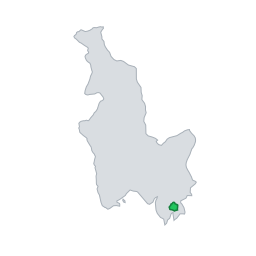 Pyoksong, Hwanghae-namdo, North Korea shown in context, rotated 294°
{"feature_id": "82179303B11091889229707", "entity_name": "Pyoksong", "entity_type": "district", "adm_level": 2, "iso_a3": "PRK", "parent_name": "North Korea", "parent_adm1": "Hwanghae-namdo", "projection": "natural_earth1", "projection_center": [125.467, 38.097], "detail": "fine", "context": "in_parent", "style": "filled", "palette": "green", "viewbox_px": 256, "rotation_deg": 294, "n_neighbors": 0, "source": "geoboundaries", "source_scale": "gbopen_adm2", "svg_char_len": 3790}
<svg xmlns="http://www.w3.org/2000/svg" viewBox="0 0 256 256"><g transform="rotate(294 128 128)"><path d="M151.6,184.8L150.7,185.3L149.1,188.1L147.7,191.6L146.3,193.5L144.6,194.6L142.9,195.2L139.3,195.5L136.2,195.2L135.1,194.8L130.7,195.1L129.5,195.3L123.2,195.0L119.9,195.3L117.8,196.0L115.7,197.4L113.9,199.6L112.3,201.9L109.0,206.0L106.7,208.1L106.7,211.0L106.6,211.9L105.8,212.5L105.5,212.3L104.2,212.1L98.8,209.4L94.4,211.0L93.3,213.1L92.1,213.8L90.4,209.6L87.5,209.5L82.9,205.8L81.0,206.6L80.5,208.1L78.0,211.5L74.5,214.2L73.3,214.6L72.1,214.4L72.2,213.7L70.8,210.5L65.3,209.2L63.3,207.9L62.3,207.6L67.7,204.1L69.1,203.5L68.1,202.7L66.9,202.3L62.5,202.8L60.1,201.6L56.8,202.0L54.4,201.1L59.3,197.7L59.5,195.6L59.5,194.1L61.9,189.5L64.4,187.0L70.8,183.4L73.6,182.9L75.6,183.1L77.2,182.8L75.5,181.4L73.8,180.8L70.5,180.9L67.1,178.8L66.8,176.7L73.4,162.9L73.5,161.7L72.5,158.4L72.2,155.1L67.4,153.2L65.3,153.0L59.2,149.4L56.8,147.5L55.8,148.0L55.6,151.0L54.8,151.6L53.2,152.2L52.4,148.9L51.1,146.4L47.0,144.0L45.6,142.6L46.3,139.7L46.0,139.4L46.6,136.1L49.1,133.6L55.2,129.1L56.7,127.0L59.8,124.5L61.2,124.5L62.6,124.3L63.1,123.2L63.4,122.4L64.6,121.6L67.6,120.2L71.0,118.4L73.6,117.9L76.9,115.2L78.3,114.0L79.6,114.0L80.0,113.4L80.7,112.0L81.8,111.1L83.2,110.9L85.6,110.3L88.6,109.9L90.6,107.6L91.3,106.0L92.6,104.2L95.5,102.2L97.4,99.3L99.6,96.2L100.6,95.2L101.6,95.0L102.2,93.8L102.9,90.5L103.9,87.3L104.5,85.7L106.9,84.1L107.6,83.3L108.1,83.0L109.3,83.2L110.8,82.2L112.3,81.2L113.6,81.5L115.0,82.4L116.4,84.2L117.1,85.7L118.2,86.8L118.4,88.6L119.5,89.3L121.9,89.7L125.8,90.9L128.3,91.0L129.8,91.8L132.8,92.3L138.8,91.6L141.3,92.0L142.3,93.1L143.8,94.0L144.8,94.0L146.2,92.6L147.5,90.1L148.5,88.3L148.4,86.8L147.6,85.3L145.6,83.8L144.3,81.5L143.0,79.2L142.3,78.5L141.6,77.3L141.5,75.6L141.9,74.4L144.9,73.6L148.7,73.2L151.9,73.6L157.0,73.3L160.2,72.7L162.6,72.8L164.7,72.7L165.7,71.7L168.7,69.3L170.1,68.5L171.7,66.9L172.0,65.1L172.3,63.8L173.1,62.3L174.7,60.5L176.0,59.6L177.5,59.7L179.1,60.6L180.2,61.4L181.3,61.2L182.2,59.7L182.8,59.5L184.6,59.3L185.2,58.5L185.8,54.3L186.5,50.9L186.6,48.6L188.1,44.8L188.6,42.5L189.5,41.4L190.7,41.5L191.6,42.1L192.8,42.5L194.3,42.2L195.4,42.8L196.1,44.0L198.4,44.9L198.7,45.5L198.7,49.7L200.0,51.6L201.7,53.4L204.1,55.0L205.3,55.3L206.1,56.5L206.8,58.5L208.5,60.4L209.4,61.8L209.6,63.3L210.4,64.1L209.1,65.0L207.3,64.5L204.4,64.1L200.8,67.0L198.7,68.0L197.3,70.8L194.5,72.5L192.9,74.3L190.9,77.4L189.6,80.4L186.5,83.4L184.8,87.3L184.7,90.5L186.8,93.9L187.0,96.8L185.7,102.7L186.6,109.0L185.7,111.4L176.2,115.7L173.7,117.9L170.3,123.4L166.0,125.5L163.3,127.8L159.6,129.1L157.3,133.1L154.7,135.3L151.6,136.6L149.3,138.4L144.1,138.5L140.5,139.7L137.9,143.0L130.1,146.7L129.0,149.6L129.6,153.9L129.7,157.3L129.0,160.0L127.3,159.2L126.4,160.1L125.3,162.7L125.7,165.6L128.4,166.5L130.6,167.7L133.7,168.3L136.0,169.7L140.9,175.8L144.9,178.5L146.0,179.5L148.3,180.8L150.4,182.9L151.6,184.8ZM60.2,154.8L58.7,155.7L58.6,154.1L59.8,152.6L61.0,152.4L60.2,154.8Z" fill="#d9dde1" stroke="#a8b0b8" stroke-width="1"/><path d="M78.8,200.9L78.8,200.3L78.5,199.6L78.0,199.3L77.4,199.2L76.9,199.1L76.5,198.9L76.3,198.5L75.9,198.2L74.8,198.5L74.4,198.3L74.0,198.2L73.4,198.0L72.8,198.0L72.5,197.8L72.1,198.1L71.4,198.8L70.8,199.2L70.7,199.5L70.8,200.3L71.0,200.8L71.1,201.3L71.2,201.8L71.3,202.2L71.2,202.5L71.2,203.0L71.2,203.5L71.1,203.8L71.1,204.2L71.2,204.4L71.6,204.7L72.0,204.7L72.4,205.5L72.6,205.9L72.9,206.1L73.0,206.3L73.3,206.6L73.6,206.3L74.3,205.9L74.7,205.9L75.2,205.8L75.7,205.5L76.2,205.4L76.6,205.2L77.0,205.1L77.3,205.0L77.7,204.8L77.7,204.7L77.4,204.5L77.5,204.4L77.8,204.4L77.8,204.2L78.0,204.1L78.0,203.7L77.9,203.2L78.0,202.8L77.9,202.3L77.9,202.0L78.0,201.6L78.3,201.4L78.8,200.9Z" fill="#22c55e" stroke="#15803d" stroke-width="1.5"/></g></svg>